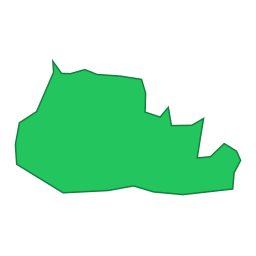 Angor, Surkhandarya, Uzbekistan
{"feature_id": "79887680B78109356235747", "entity_name": "Angor", "entity_type": "district", "adm_level": 2, "iso_a3": "UZB", "parent_name": "Uzbekistan", "parent_adm1": "Surkhandarya", "projection": "mercator", "projection_center": [67.302, 37.452], "detail": "fine", "context": "isolated", "style": "filled", "palette": "green", "viewbox_px": 256, "rotation_deg": 0, "n_neighbors": 0, "source": "geoboundaries", "source_scale": "gbopen_adm2", "svg_char_len": 508}
<svg xmlns="http://www.w3.org/2000/svg" viewBox="0 0 256 256"><path d="M232.7,189.0L234.1,172.8L240.6,160.4L236.5,151.2L224.2,143.6L210.5,156.7L197.2,158.0L200.4,137.4L203.6,118.5L191.8,125.3L171.4,125.6L168.3,107.4L160.1,117.1L145.1,112.1L145.6,93.1L141.5,79.4L120.2,76.1L97.1,74.5L84.8,69.6L70.4,73.7L61.5,73.4L52.9,61.4L53.6,72.3L36.6,111.6L19.4,122.8L15.4,144.4L16.7,164.3L63.1,192.8L108.4,190.5L133.4,185.9L153.6,191.9L182.9,194.6L232.7,189.0Z" fill="#22c55e" stroke="#15803d" stroke-width="1.5"/></svg>